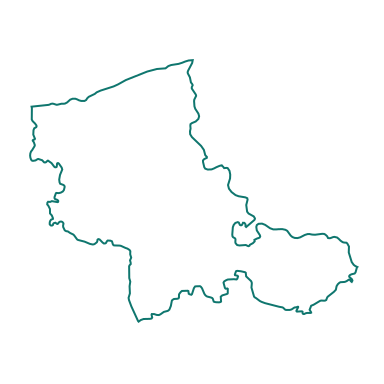 outline of Grodno, rotated 85°
{"feature_id": "BLR-2344", "entity_name": "Grodno", "entity_type": "Region", "adm_level": 1, "iso_a3": "BLR", "parent_name": "Belarus", "parent_adm1": "", "projection": "orthographic", "projection_center": [25.492, 53.866], "detail": "fine", "context": "isolated", "style": "outline", "palette": "teal", "viewbox_px": 384, "rotation_deg": 85, "n_neighbors": 0, "source": "natural_earth", "source_scale": "10m", "svg_char_len": 6026}
<svg xmlns="http://www.w3.org/2000/svg" viewBox="0 0 384 384"><g transform="rotate(85 192 192)"><path d="M265.9,41.1L275.7,39.0L278.6,37.3L279.8,36.0L281.1,33.9L281.3,34.2L286.3,36.1L287.4,37.1L287.9,40.4L288.6,42.0L289.2,42.6L289.9,42.8L290.4,42.6L292.7,40.4L293.4,40.1L294.3,39.9L295.5,40.7L294.8,41.5L293.4,42.3L293.0,43.0L293.0,43.5L294.1,45.4L294.7,46.9L294.9,48.1L294.8,52.0L295.3,53.1L296.6,54.8L298.5,56.2L301.9,57.2L303.8,59.3L308.2,66.0L309.2,66.7L311.3,67.7L311.8,68.9L311.8,69.8L311.4,72.7L311.6,73.9L314.9,80.7L315.7,83.2L319.6,85.1L322.2,83.8L322.6,83.8L322.8,84.3L322.5,87.8L322.7,89.3L323.3,90.8L323.3,91.4L322.9,92.2L322.4,92.4L320.9,92.3L320.6,92.6L320.4,93.4L320.3,97.9L319.9,98.3L319.3,98.3L316.1,96.3L315.6,96.3L315.5,96.5L315.9,98.0L316.0,99.9L316.3,100.6L317.5,102.7L317.8,103.6L318.0,105.0L317.7,108.6L317.2,109.6L315.3,111.2L314.8,112.0L313.9,115.3L309.1,128.9L307.5,132.3L306.5,133.9L303.4,137.3L302.3,138.8L301.5,139.3L292.4,141.1L288.5,140.4L287.3,140.4L285.9,140.9L280.8,145.4L277.1,145.5L276.5,146.2L275.2,150.3L274.5,153.7L274.6,154.8L275.1,155.2L277.9,156.5L278.6,156.4L279.4,153.9L280.1,153.5L282.3,154.4L283.0,155.2L282.5,158.0L282.3,164.0L282.9,165.8L283.8,167.6L284.5,168.2L285.1,168.5L290.3,167.6L291.1,167.1L291.3,166.7L291.2,165.2L291.6,164.8L295.8,165.2L296.3,165.4L296.7,166.3L297.6,170.8L298.8,172.5L303.7,172.6L304.1,173.3L304.3,174.6L303.9,177.7L303.5,179.1L303.1,179.9L300.1,180.6L299.4,181.1L298.7,182.4L297.5,185.9L297.0,186.7L296.0,187.7L294.4,188.6L288.8,190.4L287.2,191.4L286.6,192.1L286.5,192.8L286.3,196.4L286.4,197.2L288.0,198.5L293.7,200.9L294.3,201.6L293.9,202.8L293.1,204.1L290.3,204.3L290.0,204.9L289.7,210.6L290.5,211.8L292.2,213.4L293.1,213.9L296.0,214.2L296.8,214.7L297.1,216.1L297.0,218.6L297.1,219.6L298.0,221.1L298.4,221.5L303.7,223.0L307.2,224.8L308.3,226.4L309.0,230.5L311.1,234.1L311.7,235.7L311.4,237.8L310.3,240.4L310.1,242.7L310.8,243.0L313.6,242.6L314.5,243.3L314.7,245.0L314.3,251.3L315.1,254.2L316.5,256.5L315.8,257.0L300.6,262.4L294.1,264.2L291.9,264.4L287.6,262.7L280.4,262.4L275.9,261.3L272.3,262.0L260.5,261.1L259.6,260.6L258.4,259.3L256.9,259.3L254.7,259.7L252.1,258.3L248.7,259.0L245.6,258.6L244.3,259.3L242.8,261.2L241.9,263.2L239.5,267.4L239.1,268.6L238.5,273.7L238.2,274.8L237.2,275.4L234.2,276.0L233.4,277.4L233.0,280.2L233.5,280.9L235.4,282.3L235.7,283.2L235.6,284.3L234.5,285.5L231.3,288.1L230.8,289.1L230.8,289.6L231.3,290.3L233.0,290.7L233.8,291.2L235.3,293.5L235.6,294.5L235.6,295.6L234.8,298.2L232.1,303.3L229.8,309.8L229.2,310.6L224.9,313.2L224.0,314.0L222.2,317.0L220.4,319.2L220.1,320.7L219.1,322.1L215.6,323.4L213.9,323.3L212.5,322.8L211.8,322.9L210.6,323.7L210.2,324.4L210.0,325.1L210.1,326.2L210.5,327.0L212.1,328.6L212.1,329.0L211.9,329.4L210.7,330.7L210.9,332.1L211.4,332.9L212.8,333.5L213.2,334.3L213.1,335.4L212.5,336.1L211.6,336.6L209.6,336.3L208.3,335.7L207.3,334.8L206.7,332.9L206.0,332.8L203.1,333.7L201.0,335.3L196.5,335.0L193.0,336.4L191.8,337.3L190.1,337.0L189.2,336.2L189.5,334.1L188.9,332.4L190.3,327.1L190.4,326.7L190.3,326.4L189.9,326.1L188.9,326.1L188.0,327.1L187.1,329.0L186.1,329.5L185.1,329.4L181.6,327.8L181.1,327.3L181.5,324.8L181.2,322.8L180.2,320.6L178.8,319.4L175.8,318.4L175.1,318.5L174.5,318.7L173.7,319.6L172.3,322.6L170.8,323.1L168.0,323.2L163.5,322.0L158.3,319.3L156.3,319.7L152.2,322.1L151.6,322.7L151.5,323.2L151.6,323.6L151.9,323.9L155.1,324.6L155.4,325.0L155.5,326.0L155.3,326.5L154.7,327.1L151.0,329.4L148.2,332.7L148.2,333.1L149.6,334.9L149.8,335.9L149.5,336.8L147.3,338.5L145.7,342.2L145.8,343.0L146.9,345.1L147.1,347.3L147.0,348.2L146.6,348.9L145.6,349.5L143.7,350.0L141.6,350.1L139.5,349.7L137.6,348.8L136.5,347.7L132.7,344.9L131.6,344.5L128.7,345.2L127.0,346.2L126.6,346.1L126.2,345.6L125.9,344.2L125.3,343.8L121.0,345.1L116.6,344.5L114.8,343.6L113.8,341.5L112.9,341.1L112.1,341.2L110.1,342.4L107.5,344.6L105.8,345.3L94.5,344.2L93.0,344.4L92.7,327.4L92.5,326.3L91.9,324.8L91.8,323.3L92.1,322.2L93.3,319.4L93.3,318.3L92.7,314.4L92.9,311.8L92.8,310.7L91.9,308.6L89.4,305.3L88.7,302.9L88.9,300.1L89.8,298.2L90.8,296.6L91.6,294.5L91.9,291.1L91.1,289.4L89.6,288.3L88.2,286.6L85.8,280.3L84.4,278.3L83.0,274.2L80.0,260.9L78.4,256.4L74.7,248.1L68.1,226.1L66.4,216.2L66.5,207.6L64.5,204.6L63.7,201.7L63.2,194.2L62.4,190.6L61.4,187.3L60.7,183.9L60.7,179.8L63.5,180.6L70.8,185.3L72.2,185.9L73.5,185.8L77.6,184.1L82.8,183.5L84.3,182.5L85.6,182.0L87.6,183.1L88.9,183.2L95.3,179.7L96.6,179.5L100.2,181.7L101.6,182.0L106.9,182.1L109.4,181.5L114.5,178.8L117.2,178.3L119.8,179.3L122.1,182.2L123.4,186.2L124.3,187.6L125.9,187.9L128.7,187.9L131.3,188.7L134.3,188.8L137.3,187.3L146.9,178.9L151.1,176.5L156.4,175.6L158.4,174.1L159.3,174.3L160.3,177.0L161.5,178.3L163.0,178.4L168.4,177.6L169.9,176.8L171.0,174.4L171.2,170.5L170.4,167.9L169.4,165.5L168.4,162.4L168.0,160.3L168.2,159.8L168.7,159.7L169.5,158.8L171.0,157.9L171.0,155.3L171.3,154.4L174.2,152.8L178.0,152.4L181.8,152.9L188.2,155.5L191.9,154.9L195.5,152.6L198.9,148.9L200.3,145.9L202.0,139.3L203.0,137.5L204.5,137.3L209.7,139.1L216.4,138.8L218.4,137.5L221.7,132.6L223.8,131.6L224.8,131.9L225.4,132.4L231.6,141.1L230.9,141.7L228.9,141.5L227.3,142.5L227.1,143.9L229.0,144.9L229.5,146.1L228.9,147.2L226.6,148.0L226.0,149.0L226.6,151.5L228.4,153.3L230.7,154.4L238.0,155.6L239.8,155.5L240.6,155.0L241.9,153.2L242.8,152.8L245.9,153.2L246.9,153.0L248.8,151.6L249.4,149.4L249.5,143.0L250.7,141.0L250.9,140.4L250.6,139.5L249.8,139.1L249.5,138.6L248.3,135.8L246.7,133.9L245.1,134.0L243.9,131.0L243.7,129.7L243.2,128.5L242.1,127.9L240.8,128.2L235.9,130.8L232.4,131.0L230.6,130.3L229.5,128.5L229.6,125.0L231.1,122.0L234.9,117.4L236.3,114.4L236.6,111.7L236.6,108.7L236.9,105.1L237.8,102.2L239.0,100.5L244.0,97.5L245.6,95.9L246.7,93.7L247.1,90.9L246.6,88.2L244.6,83.3L244.0,80.5L244.1,78.7L244.9,76.0L245.3,73.1L245.0,65.9L245.3,64.0L246.1,62.8L247.9,61.2L249.7,60.5L250.0,59.3L250.0,58.1L249.2,55.3L249.1,54.1L250.0,51.4L251.6,49.8L253.4,48.3L255.1,46.3L255.6,44.9L256.0,42.5L257.0,41.7L260.0,40.4L265.9,41.1Z" fill="none" stroke="#0f766e" stroke-width="2"/></g></svg>